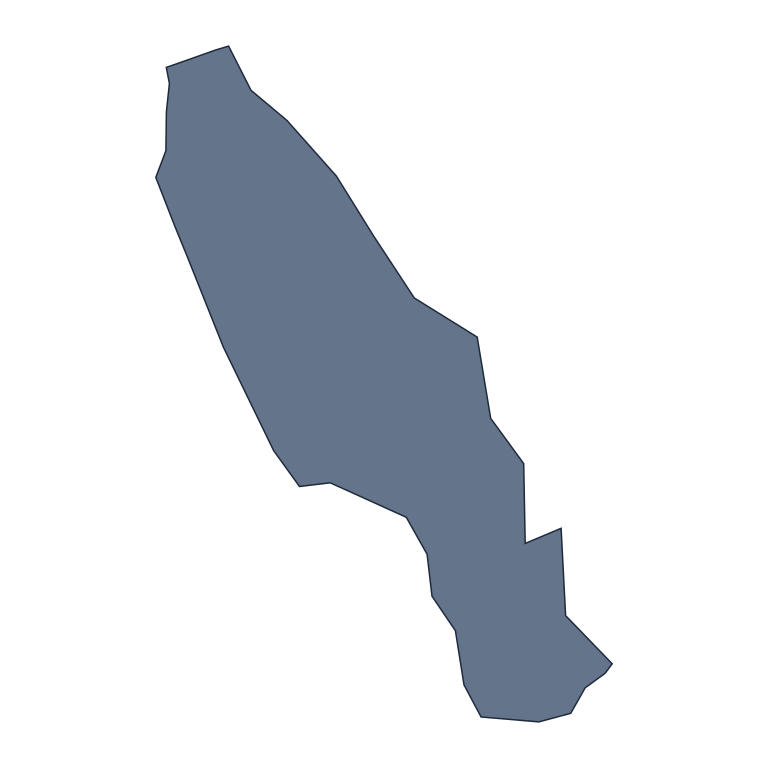 Kourdaka, Paphos, Cyprus
{"feature_id": "46923920B66181635672664", "entity_name": "Kourdaka", "entity_type": "district", "adm_level": 2, "iso_a3": "CYP", "parent_name": "Cyprus", "parent_adm1": "Paphos", "projection": "albers", "projection_center": [32.537, 34.86], "detail": "fine", "context": "isolated", "style": "filled", "palette": "slate", "viewbox_px": 768, "rotation_deg": 0, "n_neighbors": 0, "source": "geoboundaries", "source_scale": "gbopen_adm2", "svg_char_len": 581}
<svg xmlns="http://www.w3.org/2000/svg" viewBox="0 0 768 768"><path d="M166.3,67.4L169.4,83.5L166.4,111.8L165.9,150.7L155.8,177.4L174.9,226.4L187.5,257.2L223.4,347.2L273.7,450.7L299.5,486.5L330.2,482.8L406.3,517.3L427.1,554.3L432.0,596.2L455.4,630.7L464.0,684.9L481.1,717.0L538.8,721.9L570.7,713.3L578.4,699.8L585.1,687.9L605.2,673.2L612.2,663.8L565.6,615.6L561.1,528.3L525.2,543.4L523.7,463.6L490.7,418.4L477.2,337.1L414.3,298.0L373.8,236.3L336.4,176.1L286.9,120.4L251.0,90.3L228.6,46.1L215.9,49.9L185.1,60.8L166.3,67.4Z" fill="#64748b" stroke="#1e293b" stroke-width="1.5"/></svg>